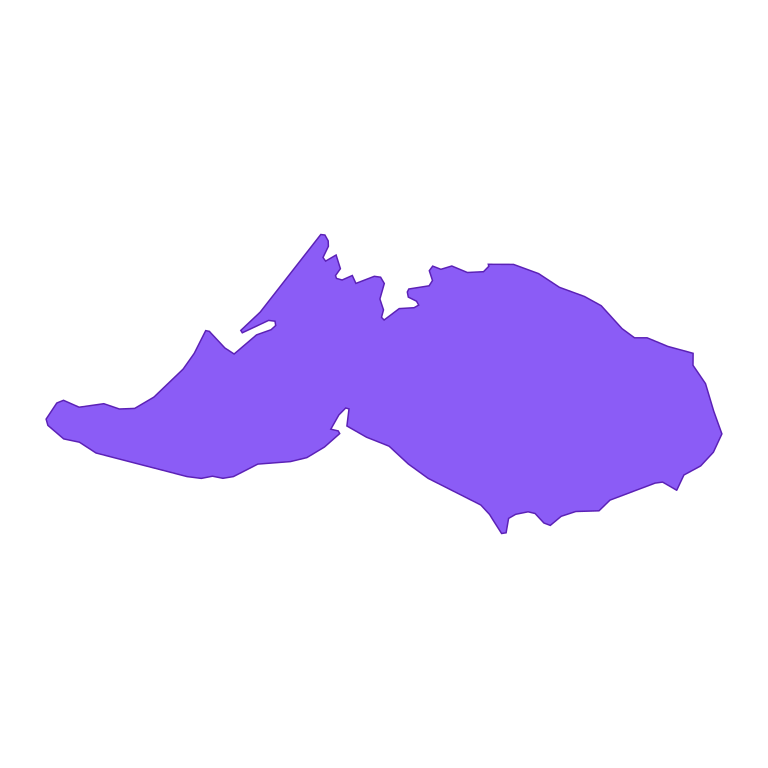 outline of Ryongyon, Hwanghae-namdo, North Korea
{"feature_id": "82179303B51657859086197", "entity_name": "Ryongyon", "entity_type": "district", "adm_level": 2, "iso_a3": "PRK", "parent_name": "North Korea", "parent_adm1": "Hwanghae-namdo", "projection": "equal_earth", "projection_center": [124.917, 38.15], "detail": "fine", "context": "isolated", "style": "filled", "palette": "violet", "viewbox_px": 768, "rotation_deg": 0, "n_neighbors": 0, "source": "geoboundaries", "source_scale": "gbopen_adm2", "svg_char_len": 1635}
<svg xmlns="http://www.w3.org/2000/svg" viewBox="0 0 768 768"><path d="M488.3,264.3L488.8,266.3L483.5,271.7L467.4,272.5L451.8,266.0L440.9,269.3L432.7,266.1L429.3,270.7L432.5,280.5L429.1,285.8L408.8,289.0L407.3,292.0L408.3,297.1L416.5,301.2L418.7,305.1L414.1,307.7L399.2,308.6L384.1,320.0L383.3,319.2L381.5,317.3L383.5,309.9L379.9,299.0L384.3,283.5L380.6,277.2L374.3,276.3L355.9,283.4L352.3,275.5L342.1,280.0L336.5,278.4L335.5,275.6L340.4,268.7L336.1,255.0L325.6,261.1L323.0,257.5L328.4,246.3L328.2,240.9L324.9,235.0L320.8,234.5L294.7,267.9L260.2,312.1L240.8,330.4L242.3,332.8L268.6,320.4L275.0,321.2L275.7,325.5L271.1,329.7L256.5,334.9L234.1,354.0L224.9,348.0L210.1,332.2L209.5,331.4L205.7,330.6L194.2,353.4L183.1,369.1L153.9,397.1L134.7,408.4L119.4,409.0L103.8,403.7L79.1,407.2L63.5,400.3L56.8,403.0L48.5,415.5L46.1,419.1L47.9,425.4L63.7,438.9L79.4,442.2L96.0,453.0L187.1,476.6L201.3,478.4L212.5,476.2L222.9,478.3L231.5,476.9L233.4,476.6L257.8,464.1L290.4,461.6L306.9,457.6L324.5,447.0L339.7,433.6L338.2,430.9L330.8,429.2L338.9,414.9L345.7,408.0L349.0,408.9L346.9,426.0L366.5,437.2L374.1,440.2L389.1,446.2L408.3,464.0L428.2,478.4L480.8,505.0L489.6,514.5L493.0,520.0L501.6,533.5L506.1,532.8L508.6,518.4L515.7,514.3L528.1,511.8L535.1,513.5L543.9,523.0L550.3,525.4L561.2,516.3L575.8,511.5L599.0,510.8L610.0,500.1L655.1,483.1L662.6,482.1L676.6,490.2L676.8,490.1L683.9,475.0L700.7,465.9L713.4,452.2L721.9,433.9L713.7,411.1L705.5,383.6L693.0,365.3L693.1,353.3L667.8,346.4L647.1,337.8L634.5,337.8L622.0,328.6L601.2,305.7L584.5,296.5L559.4,287.3L538.6,273.6L513.5,264.4L488.3,264.3Z" fill="#8b5cf6" stroke="#5b21b6" stroke-width="1.5"/></svg>